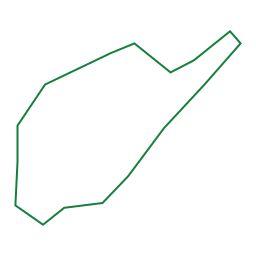 Lapu-Lapu, Robinson projection
{"feature_id": "PHL-5524", "entity_name": "Lapu-Lapu", "entity_type": "Highly Urbanized City", "adm_level": 1, "iso_a3": "PHL", "parent_name": "Philippines", "parent_adm1": "", "projection": "robinson", "projection_center": [123.984, 10.288], "detail": "fine", "context": "isolated", "style": "outline", "palette": "green", "viewbox_px": 256, "rotation_deg": 0, "n_neighbors": 0, "source": "natural_earth", "source_scale": "10m", "svg_char_len": 316}
<svg xmlns="http://www.w3.org/2000/svg" viewBox="0 0 256 256"><path d="M134.4,43.4L170.5,72.4L193.9,60.3L230.0,31.3L240.6,43.4L204.5,84.5L164.1,128.0L128.0,176.4L102.5,203.0L64.2,207.8L43.0,224.7L15.4,205.4L17.5,161.8L17.5,125.6L45.1,84.5L111.0,53.0L134.4,43.4Z" fill="none" stroke="#15803d" stroke-width="2"/></svg>